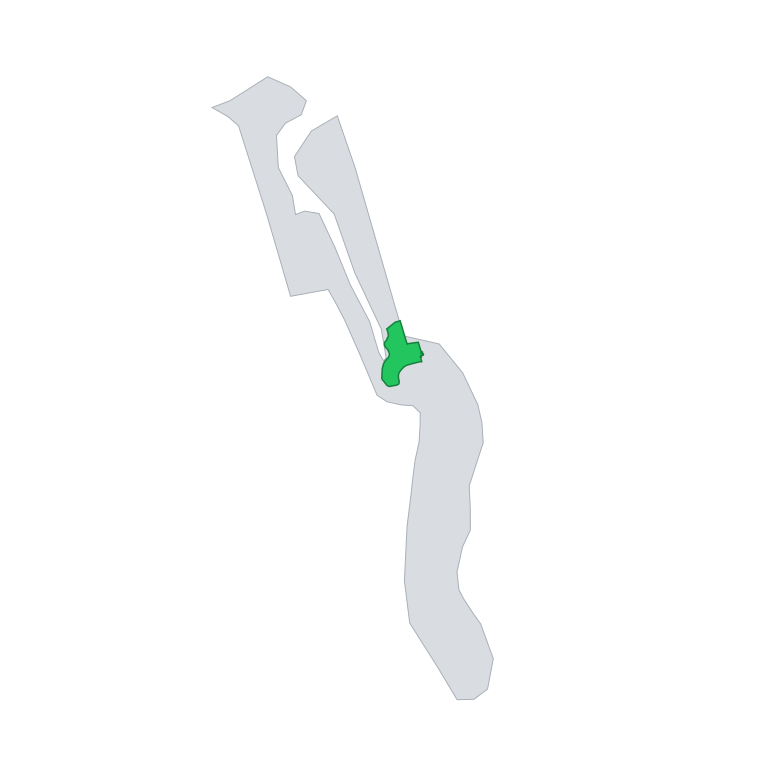 Sabach Sanjar, North Bank, Gambia (highlighted), rotated 73°
{"feature_id": "56634734B86795933582352", "entity_name": "Sabach Sanjar", "entity_type": "district", "adm_level": 2, "iso_a3": "GMB", "parent_name": "Gambia", "parent_adm1": "North Bank", "projection": "albers", "projection_center": [-15.427, 13.542], "detail": "fine", "context": "in_parent", "style": "filled", "palette": "green", "viewbox_px": 768, "rotation_deg": 73, "n_neighbors": 0, "source": "geoboundaries", "source_scale": "gbopen_adm2", "svg_char_len": 3657}
<svg xmlns="http://www.w3.org/2000/svg" viewBox="0 0 768 768"><g transform="rotate(73 384 384)"><path d="M113.9,350.3L169.3,348.4L236.4,349.5L309.4,350.7L343.8,351.1L361.9,319.5L396.3,305.5L431.5,300.3L449.8,301.7L469.1,306.3L506.3,332.3L529.4,338.2L548.9,344.1L562.9,356.7L585.2,369.2L602.6,372.5L613.0,370.6L630.3,365.6L641.6,361.7L678.7,359.8L706.0,374.2L711.8,390.1L707.3,406.4L670.8,415.4L620.1,429.3L578.1,422.0L527.0,403.6L497.2,390.3L484.8,385.0L466.1,376.6L449.8,367.4L434.2,361.6L422.2,357.8L413.3,362.6L408.9,373.9L401.8,386.4L392.7,393.9L349.9,398.3L311.5,402.9L290.9,406.8L277.2,409.8L272.8,447.7L229.3,447.1L186.5,446.6L142.2,447.1L94.5,447.6L82.3,455.3L69.3,467.7L68.1,448.7L56.2,405.4L72.6,386.5L90.4,375.4L102.3,384.4L105.8,402.1L114.9,414.2L146.1,421.8L177.1,416.5L196.1,419.1L195.5,409.3L202.0,396.3L239.6,390.9L279.4,387.2L320.2,379.5L352.2,379.8L361.8,377.6L359.5,374.3L330.8,370.5L269.5,379.4L207.0,381.9L159.7,405.3L140.3,403.1L120.8,379.4L113.9,350.3Z" fill="#d9dde1" stroke="#a8b0b8" stroke-width="1"/><path d="M332.2,365.3L332.5,365.2L333.7,365.2L334.7,365.2L335.6,365.2L336.2,365.2L337.1,365.3L337.7,365.5L338.1,365.6L338.3,365.6L338.7,365.6L339.0,365.7L339.3,365.7L339.5,365.9L339.7,366.1L340.0,366.1L340.3,366.3L340.4,366.5L340.7,366.7L340.9,367.0L341.0,367.1L341.2,367.4L341.1,367.6L341.7,367.8L342.0,368.0L342.8,368.8L343.2,369.4L343.3,369.8L343.8,370.4L344.2,371.0L344.9,371.4L345.9,372.0L346.2,371.9L346.6,372.1L347.1,372.1L347.6,372.2L348.1,372.2L348.6,371.9L348.8,371.9L349.7,371.7L350.9,371.0L352.3,370.5L352.9,370.3L353.7,370.2L354.7,370.0L355.8,370.0L356.6,370.0L357.1,370.2L358.2,370.6L358.7,371.0L359.0,371.3L359.7,371.8L360.1,372.5L360.5,373.2L361.2,374.3L361.3,374.6L361.6,375.1L362.1,375.9L362.5,376.4L362.9,376.8L363.3,377.3L364.2,378.2L365.0,378.9L365.6,379.2L366.1,379.5L367.4,380.3L368.0,380.7L369.6,381.5L370.0,381.6L370.6,381.8L375.4,383.6L376.6,383.8L376.9,383.9L377.0,384.2L377.5,384.4L377.8,384.4L378.7,384.4L379.3,384.4L380.3,383.9L381.4,383.5L382.1,383.1L382.7,382.9L384.0,382.5L384.9,382.0L385.3,382.0L385.6,381.8L386.0,381.6L387.1,380.8L387.4,380.4L387.8,379.8L388.0,379.1L388.1,378.5L388.2,378.0L388.3,376.4L388.5,374.7L388.7,373.5L388.7,371.2L388.5,370.3L388.1,369.8L387.6,369.4L387.1,369.1L386.8,369.0L386.1,368.8L385.0,368.6L384.6,368.6L384.3,368.6L383.4,368.5L382.5,368.3L381.8,368.2L381.1,368.0L379.8,367.6L378.7,367.0L378.4,366.8L377.9,366.4L377.1,365.6L376.2,364.5L375.7,363.7L375.0,362.6L374.7,362.2L373.7,360.4L373.2,358.8L372.9,357.8L372.8,357.1L372.8,356.7L372.7,356.1L372.7,355.6L372.8,353.0L372.8,351.8L372.8,351.0L373.0,347.9L373.1,345.1L373.2,343.8L373.5,342.2L373.7,341.4L372.6,341.3L372.4,341.3L371.6,341.3L370.0,341.2L369.4,341.2L369.1,341.2L368.8,341.4L368.7,341.3L368.5,341.1L368.0,341.1L367.9,341.0L368.0,340.6L368.0,340.3L368.2,340.2L367.8,340.1L367.6,339.8L367.6,339.4L367.6,339.2L367.9,339.0L368.0,338.8L368.0,338.2L367.8,338.1L367.4,338.0L367.3,337.9L367.3,337.7L367.1,337.7L366.7,337.6L366.5,337.8L366.6,338.4L366.4,338.5L366.2,338.3L366.1,338.5L365.9,338.4L366.0,338.7L366.0,338.8L365.8,338.8L365.7,338.8L365.4,339.0L365.0,339.1L365.0,339.4L364.8,339.2L364.8,338.8L364.7,338.6L364.5,338.9L364.1,338.9L364.0,338.5L363.9,338.6L363.7,338.9L363.4,338.8L363.2,338.9L363.0,339.0L362.7,339.0L360.9,339.0L357.3,339.0L357.2,339.0L354.1,339.0L353.5,343.0L353.2,343.9L353.2,344.5L353.2,344.8L352.7,347.6L352.5,348.9L352.5,350.2L347.4,350.2L338.8,350.2L337.0,350.1L330.6,350.1L329.2,350.1L328.6,350.1L328.3,350.1L328.2,350.1L328.2,351.6L328.2,351.8L328.2,352.3L328.2,354.1L328.1,355.1L329.1,357.6L330.4,360.9L332.2,365.3Z" fill="#22c55e" stroke="#15803d" stroke-width="1.5"/></g></svg>